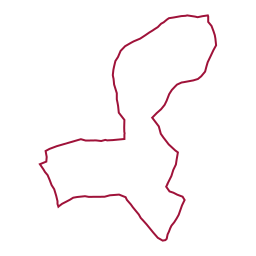 the district of Iguegben, Edo, Nigeria
{"feature_id": "59680162B67610911656226", "entity_name": "Iguegben", "entity_type": "district", "adm_level": 2, "iso_a3": "NGA", "parent_name": "Nigeria", "parent_adm1": "Edo", "projection": "albers", "projection_center": [6.246, 6.513], "detail": "fine", "context": "isolated", "style": "outline", "palette": "rose", "viewbox_px": 256, "rotation_deg": 0, "n_neighbors": 0, "source": "geoboundaries", "source_scale": "gbopen_adm2", "svg_char_len": 1946}
<svg xmlns="http://www.w3.org/2000/svg" viewBox="0 0 256 256"><path d="M207.8,15.4L206.5,15.6L202.4,16.2L197.6,17.2L195.1,16.6L187.2,15.4L185.6,15.8L181.3,16.1L173.5,17.5L169.5,18.1L168.9,18.2L166.9,19.6L165.1,21.1L163.7,22.3L161.1,23.7L157.8,27.1L154.2,29.4L152.6,30.5L149.3,32.5L145.4,35.2L140.2,38.6L133.6,41.4L131.0,42.8L125.1,46.2L120.6,50.9L118.0,57.0L115.4,61.0L114.1,66.4L113.4,69.8L112.8,75.1L113.2,77.3L113.5,78.5L113.8,81.2L114.1,84.5L116.8,93.2L116.8,99.3L117.5,102.6L118.1,106.0L118.8,112.7L121.9,116.7L124.4,119.9L124.2,127.5L124.3,131.9L124.6,133.2L124.4,134.7L124.4,135.2L124.4,135.4L124.4,139.0L112.6,140.1L108.5,140.3L107.3,140.4L105.3,139.9L101.2,141.0L96.0,140.4L90.1,140.5L85.5,140.5L80.9,139.2L56.7,146.2L49.5,148.9L45.6,151.0L46.7,157.0L46.3,161.6L39.9,164.2L43.4,169.3L45.0,172.0L47.6,175.1L49.6,179.8L51.6,185.1L54.2,189.2L56.2,195.8L57.5,201.2L57.5,203.9L58.4,206.7L59.2,206.0L62.1,203.8L66.0,201.8L70.0,199.7L73.2,197.7L77.2,197.0L85.0,196.2L88.9,196.9L94.2,196.8L99.4,196.8L104.7,196.7L109.9,195.3L119.1,194.6L124.6,196.8L125.6,197.2L126.9,199.9L130.9,204.5L132.8,207.2L135.5,210.5L138.8,214.5L140.7,217.9L143.4,220.8L146.7,224.5L153.2,232.5L157.8,237.8L162.7,240.6L165.4,240.1L166.7,238.8L167.6,234.4L168.9,231.7L170.2,228.3L171.5,225.6L174.2,222.3L176.8,218.2L178.7,214.8L182.0,205.4L184.6,200.0L182.6,196.7L177.3,194.7L173.4,192.7L169.5,191.4L166.2,186.7L167.5,184.1L167.4,184.0L169.4,180.0L170.9,177.0L171.4,176.0L173.3,169.9L175.9,164.5L176.6,159.8L177.9,152.4L175.2,150.4L168.7,144.4L164.1,138.4L163.6,137.8L160.8,133.8L158.8,126.4L153.2,119.0L152.2,117.7L156.8,113.0L161.1,109.2L164.6,104.9L166.6,100.8L169.2,94.1L171.8,90.0L175.0,86.6L177.0,84.6L181.6,82.5L183.6,82.2L193.3,80.4L197.9,79.0L201.2,76.3L205.1,71.6L206.5,66.3L207.7,62.2L210.3,56.8L213.5,50.0L216.1,45.3L215.4,38.6L214.8,35.2L213.5,31.2L211.5,25.9L208.2,21.9L208.2,17.8L208.2,16.5L207.8,15.4Z" fill="none" stroke="#9f1239" stroke-width="2"/></svg>